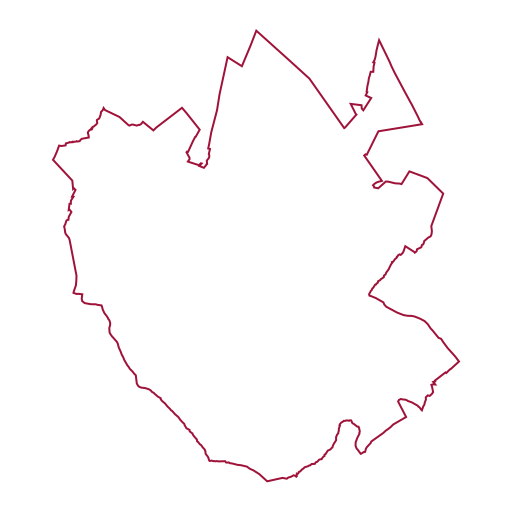 Soltepec, Puebla, Mexico
{"feature_id": "50627088B13835077338530", "entity_name": "Soltepec", "entity_type": "district", "adm_level": 2, "iso_a3": "MEX", "parent_name": "Mexico", "parent_adm1": "Puebla", "projection": "robinson", "projection_center": [-97.741, 19.123], "detail": "fine", "context": "isolated", "style": "outline", "palette": "rose", "viewbox_px": 512, "rotation_deg": 0, "n_neighbors": 0, "source": "geoboundaries", "source_scale": "gbopen_adm2", "svg_char_len": 6018}
<svg xmlns="http://www.w3.org/2000/svg" viewBox="0 0 512 512"><path d="M256.3,30.7L250.7,45.2L241.9,66.2L227.6,57.2L219.6,94.0L217.0,110.3L211.3,132.1L209.2,143.8L208.2,148.5L210.0,149.0L208.8,154.1L209.1,154.4L209.3,156.0L209.1,157.7L206.8,160.6L207.1,164.0L206.6,164.2L205.9,165.4L203.9,167.8L199.3,166.0L201.6,163.5L200.8,163.3L199.0,165.2L187.9,161.6L190.0,158.4L189.9,158.5L186.5,152.3L187.0,151.6L188.1,151.8L192.8,141.5L195.1,137.0L195.7,136.8L199.7,129.7L186.7,113.3L182.0,107.8L156.2,127.6L153.4,130.4L142.9,121.8L140.9,124.2L139.3,125.0L138.6,124.9L136.7,125.6L133.0,124.6L131.7,124.6L129.4,125.6L128.1,124.8L119.5,117.0L105.1,110.1L103.6,108.0L102.8,110.1L101.0,112.0L100.6,114.9L99.2,118.5L97.0,119.9L96.8,120.9L97.3,122.9L96.3,124.4L93.4,126.8L92.6,126.9L91.7,128.0L92.1,128.1L92.3,128.6L91.7,129.5L89.8,129.9L88.2,131.7L87.9,132.5L88.0,133.2L87.9,133.6L88.4,134.5L88.8,137.5L81.8,138.8L80.8,139.6L79.6,141.2L77.3,141.5L76.7,141.2L76.1,141.6L73.6,141.8L72.5,141.7L72.3,141.8L72.4,142.2L70.2,142.3L69.5,142.1L69.2,142.5L65.9,143.4L65.6,145.4L61.4,146.0L59.1,145.6L57.0,151.4L54.6,156.9L53.0,159.8L72.3,180.6L73.1,189.0L73.9,188.3L75.5,189.9L72.0,196.7L73.4,196.8L71.0,200.5L70.8,202.4L70.9,203.7L69.5,203.8L68.7,210.0L69.5,209.6L71.4,212.0L68.8,216.7L68.4,219.8L67.6,219.8L66.5,220.5L66.0,221.8L65.2,224.5L64.1,226.4L64.7,228.8L65.2,232.5L65.8,234.1L68.9,237.9L69.6,239.9L76.5,275.7L76.3,281.1L75.9,285.4L73.8,291.4L73.5,292.9L76.7,294.0L78.2,293.8L82.3,294.3L81.7,298.7L82.2,301.1L84.7,303.1L90.8,304.2L95.8,304.3L97.2,304.8L101.5,305.4L102.0,306.7L102.8,309.7L104.1,312.5L104.8,313.7L106.0,315.1L107.8,317.7L108.3,319.0L109.1,319.9L109.7,321.2L110.1,322.9L110.2,323.8L110.1,325.1L109.4,327.6L109.3,328.8L109.6,332.2L109.8,333.1L111.7,336.0L116.7,341.6L117.4,342.9L117.8,343.7L118.7,347.3L120.6,351.5L121.9,355.0L123.0,356.8L124.3,360.0L127.3,365.2L129.0,367.4L129.7,368.7L132.6,371.6L134.0,373.5L135.8,375.3L136.8,383.5L138.1,385.8L139.2,386.8L141.6,387.7L144.8,388.0L148.8,389.2L151.1,390.7L151.7,391.7L153.9,393.0L154.8,394.0L156.2,395.1L157.5,396.4L160.5,398.1L160.8,398.5L160.7,399.0L160.8,399.4L162.4,401.3L165.0,403.4L167.4,406.4L170.0,408.9L171.0,410.3L171.9,410.7L175.0,414.2L178.4,417.1L180.3,419.9L182.9,422.6L184.3,423.9L184.7,425.3L186.3,428.0L186.8,428.5L189.5,429.8L189.6,431.1L190.1,431.7L192.5,433.5L192.8,434.6L194.7,437.1L196.7,439.3L197.1,440.2L197.0,441.0L197.2,441.4L198.2,442.1L199.7,444.1L201.3,445.3L202.5,447.1L204.6,449.4L205.4,451.4L205.6,453.6L206.2,454.6L207.6,456.3L208.5,458.0L208.9,459.8L209.5,460.9L210.1,461.0L211.4,460.6L213.9,461.2L214.6,461.1L215.4,461.3L216.6,461.1L219.0,461.4L225.1,461.2L226.1,462.5L228.2,462.6L228.7,462.4L230.0,463.2L232.3,463.5L237.2,464.8L240.9,465.2L246.9,466.6L249.9,468.8L253.3,470.3L259.3,474.1L267.2,481.3L282.5,477.9L286.8,478.7L288.2,477.6L291.3,476.6L293.6,475.3L294.9,475.6L296.3,476.7L296.8,476.2L296.7,474.4L296.8,473.6L297.5,473.8L298.2,473.5L299.0,471.8L300.1,471.5L302.3,469.2L303.3,468.6L304.5,467.4L305.6,466.9L307.7,466.4L309.1,465.5L310.3,465.3L311.0,464.5L311.7,464.0L314.8,463.9L315.5,462.7L316.1,462.1L316.8,462.0L317.3,461.7L318.9,459.9L320.2,459.3L321.6,459.2L322.7,457.4L323.6,456.5L324.5,456.0L324.5,454.7L325.6,454.0L327.8,450.6L330.3,449.5L331.7,447.9L332.4,447.5L332.9,445.7L333.6,444.2L336.1,440.2L336.1,436.9L336.5,436.3L337.0,434.8L338.3,433.2L338.3,432.3L338.8,430.9L338.8,429.4L339.0,428.2L339.9,425.6L339.5,425.4L339.8,424.3L341.2,422.6L342.7,421.8L343.8,420.8L345.0,420.9L346.7,420.4L348.3,420.5L349.0,420.8L349.5,420.6L349.9,420.3L351.1,420.4L351.6,421.2L352.1,422.7L352.9,423.5L353.8,423.9L357.2,426.6L358.5,426.7L359.1,428.1L359.7,431.0L359.7,431.8L359.3,432.9L359.5,433.6L357.3,437.9L355.8,441.9L355.6,443.0L355.6,446.0L356.7,448.7L357.7,449.7L360.7,453.8L361.5,453.5L363.8,452.0L364.8,452.1L365.2,451.6L365.9,448.8L366.8,447.2L370.6,443.1L371.3,441.5L383.5,432.8L385.7,430.7L388.3,428.9L390.7,427.0L393.2,424.5L406.1,417.0L398.1,401.5L398.9,400.0L400.8,399.0L402.5,399.4L405.4,399.7L406.6,400.1L407.7,400.9L411.9,402.4L417.7,405.7L418.5,406.8L419.5,407.3L420.9,409.3L421.9,410.3L423.3,406.3L424.4,404.6L424.8,402.3L425.9,399.7L425.8,397.4L427.7,395.4L429.7,395.9L431.9,393.9L433.1,392.1L432.1,387.0L431.4,384.8L432.7,384.4L435.2,384.5L433.2,381.9L435.2,381.4L435.0,380.5L445.5,372.4L446.3,373.0L448.9,370.4L450.6,368.9L450.9,368.9L459.0,361.5L455.3,356.6L447.6,348.0L443.3,342.2L441.1,338.8L438.5,337.8L432.7,330.6L430.6,328.4L427.8,324.2L424.5,321.0L419.7,318.5L414.6,316.5L411.6,315.9L407.7,315.8L403.6,315.1L397.2,312.6L386.2,306.7L384.3,304.5L383.4,302.4L375.9,298.1L371.5,296.3L369.4,295.6L369.1,294.2L370.8,291.0L371.8,289.9L372.1,288.9L372.6,288.2L373.2,287.8L375.1,284.7L376.0,284.5L376.5,283.6L377.8,282.7L378.1,281.3L378.3,281.0L380.0,280.3L380.7,279.3L383.8,277.2L384.0,275.5L385.5,274.5L386.2,272.6L388.6,269.4L391.0,264.4L391.8,263.4L392.1,262.9L391.9,262.1L393.2,261.7L395.0,259.1L396.4,258.1L396.8,256.9L397.3,256.8L397.9,255.5L399.5,254.4L400.7,254.9L402.4,253.3L403.5,251.5L405.3,246.2L414.0,251.8L414.8,252.7L416.5,251.3L416.7,250.9L417.0,249.3L421.2,247.3L421.5,246.8L421.8,245.2L422.4,244.7L423.0,244.5L423.5,243.8L424.1,241.9L424.2,241.1L428.5,237.4L429.9,236.8L430.9,235.9L431.5,234.3L431.9,231.2L431.3,226.1L443.2,193.6L427.4,178.1L409.4,171.4L401.5,184.1L399.7,183.6L395.0,183.3L388.5,181.7L385.9,181.5L378.2,188.3L374.2,187.5L374.1,186.7L373.0,185.3L374.5,183.8L376.5,182.5L379.1,181.6L381.9,180.9L364.2,155.5L365.5,154.3L366.8,154.7L378.4,131.3L422.1,124.2L420.9,122.1L420.7,122.2L419.3,119.7L418.1,117.0L411.6,104.2L410.5,102.3L405.0,92.2L394.6,72.7L391.5,66.3L389.6,61.8L379.1,40.2L377.3,47.0L376.9,49.0L376.6,49.9L375.5,56.6L374.7,59.7L373.3,62.3L374.5,62.6L373.6,66.5L373.3,71.8L370.7,71.8L370.2,73.6L369.9,75.1L368.9,78.1L368.3,82.3L367.5,85.5L366.6,91.8L367.3,92.1L365.7,95.5L371.2,98.0L363.3,110.3L361.8,108.6L361.5,105.2L350.7,103.9L356.1,114.6L356.3,114.7L345.1,127.5L344.2,128.1L309.4,78.6L286.7,58.0L256.3,30.7Z" fill="none" stroke="#9f1239" stroke-width="2"/></svg>